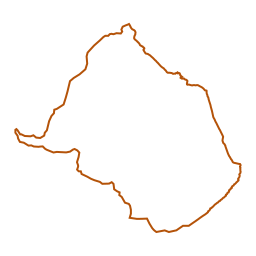 Mayo-Rey, Nord, Cameroon
{"feature_id": "32672807B45774164265008", "entity_name": "Mayo-Rey", "entity_type": "district", "adm_level": 2, "iso_a3": "CMR", "parent_name": "Cameroon", "parent_adm1": "Nord", "projection": "orthographic", "projection_center": [14.714, 8.186], "detail": "fine", "context": "isolated", "style": "outline", "palette": "amber", "viewbox_px": 256, "rotation_deg": 0, "n_neighbors": 0, "source": "geoboundaries", "source_scale": "gbopen_adm2", "svg_char_len": 4472}
<svg xmlns="http://www.w3.org/2000/svg" viewBox="0 0 256 256"><path d="M207.3,212.7L208.0,212.1L208.0,211.8L208.1,211.3L208.5,211.0L209.3,210.6L210.2,209.1L210.2,208.5L210.5,208.3L211.4,208.1L211.9,207.4L212.4,207.2L213.2,206.4L214.5,205.0L215.1,204.4L215.9,203.9L217.2,202.8L217.7,202.6L218.1,202.4L218.8,201.4L220.0,200.9L220.7,199.9L221.7,199.4L222.9,198.1L223.4,197.7L224.1,197.4L225.1,196.3L225.8,195.9L226.0,195.6L225.9,194.8L226.2,194.5L227.0,194.1L227.2,193.8L227.4,192.9L227.7,192.6L228.6,192.4L229.2,190.9L229.0,190.4L229.1,190.2L230.1,189.6L230.6,189.2L230.6,188.6L231.2,188.1L231.7,188.0L231.9,187.8L231.7,187.2L232.3,186.2L232.7,186.0L233.6,185.5L234.1,184.4L234.5,184.3L235.6,183.4L236.1,182.8L236.4,182.3L237.3,181.7L237.9,180.9L238.1,180.8L238.3,180.7L238.5,180.4L238.6,180.0L238.2,179.6L238.1,179.1L238.2,178.6L239.2,177.4L239.7,175.9L239.6,175.2L239.3,174.7L239.3,174.4L239.8,173.7L240.4,172.9L240.6,171.6L240.4,171.2L240.3,169.6L240.4,168.9L240.2,168.1L240.4,167.4L240.0,166.8L240.0,166.4L240.4,165.7L240.6,165.2L240.5,164.8L240.0,164.0L238.9,163.9L235.9,163.2L234.0,162.8L233.0,162.3L232.5,161.6L232.1,160.6L231.4,159.5L231.1,159.3L229.8,156.9L229.3,156.3L228.9,155.5L228.0,153.6L225.4,146.3L225.3,145.5L225.0,145.2L224.7,144.4L223.2,142.9L222.9,141.8L222.5,140.8L222.6,139.5L223.1,137.0L223.1,136.6L222.1,134.5L221.6,133.5L221.0,132.3L219.8,129.8L219.4,129.3L216.9,124.2L216.2,122.8L215.6,121.8L215.0,120.5L214.7,119.6L213.8,118.1L213.3,117.1L212.0,111.1L211.7,110.0L211.2,108.2L210.9,107.2L210.5,105.3L210.3,104.5L210.0,103.7L209.8,103.0L209.4,101.8L208.9,100.2L208.5,98.8L208.5,98.2L208.1,97.1L207.6,96.5L207.4,95.4L207.2,94.6L206.8,93.9L206.6,92.6L206.6,91.4L206.6,90.8L206.5,90.6L204.9,90.3L203.5,88.6L202.0,87.4L201.1,86.9L199.5,86.1L199.4,86.0L198.7,85.6L197.7,85.1L196.9,85.1L195.9,85.3L195.3,85.3L194.5,85.1L193.6,85.1L193.2,85.1L192.4,85.4L191.4,85.3L189.0,84.6L188.4,84.6L187.4,84.7L187.0,84.4L186.9,83.8L187.2,82.0L187.4,81.2L187.3,80.7L186.3,79.8L186.0,79.8L184.5,79.2L184.1,78.6L183.5,78.4L182.6,78.6L181.8,78.6L180.6,77.8L180.9,77.3L181.9,76.7L181.0,76.0L180.6,75.5L180.3,75.4L180.2,75.1L180.2,74.6L179.7,73.4L179.5,73.2L178.8,73.0L178.3,72.8L178.0,72.9L177.9,73.1L177.4,72.5L176.9,73.1L176.3,73.0L176.2,73.0L175.8,73.2L175.3,73.7L174.1,73.6L173.5,73.8L173.0,73.8L171.7,73.0L171.0,73.0L170.2,72.8L168.5,72.7L168.0,72.8L166.9,72.2L165.6,70.3L164.8,69.7L163.8,68.4L162.1,67.3L160.7,66.1L158.9,64.1L158.2,63.3L157.8,62.8L157.7,62.8L157.5,62.6L156.7,61.8L155.8,60.7L155.3,60.4L152.8,57.8L151.6,56.8L150.0,55.3L149.1,54.8L148.1,54.1L147.2,53.8L146.1,53.6L145.7,53.5L145.2,52.9L143.5,50.1L143.5,49.6L144.3,48.7L144.3,48.2L143.7,47.5L142.7,46.8L142.5,46.4L141.7,46.2L140.9,45.6L140.5,45.5L140.1,45.2L139.5,44.0L139.3,43.6L138.8,43.0L137.9,42.2L137.7,41.8L137.3,41.6L136.5,40.7L135.4,39.9L134.5,39.0L134.1,38.1L134.3,36.8L134.4,36.5L134.4,36.2L135.3,34.4L135.3,33.8L135.5,32.7L135.5,32.2L134.9,30.9L134.2,30.2L132.2,29.2L131.4,28.3L130.7,27.3L130.5,26.5L130.2,26.2L129.9,25.4L129.0,24.0L127.8,24.6L125.6,25.4L122.7,26.7L121.4,29.5L122.2,31.6L120.8,33.5L116.5,33.2L113.5,34.2L112.3,34.0L111.4,33.8L109.7,34.2L108.3,35.8L105.3,35.8L103.4,37.0L103.0,37.4L100.6,39.7L100.0,40.3L94.1,45.5L87.6,52.6L86.6,56.4L87.2,63.6L85.4,69.3L79.5,74.4L78.5,75.0L73.5,78.1L73.0,78.6L70.0,81.1L67.5,91.5L65.8,97.6L63.6,104.5L56.8,108.9L54.3,109.7L53.9,113.3L51.5,115.9L49.1,121.2L46.9,130.3L44.8,132.7L44.2,135.6L40.2,138.0L36.2,137.6L33.4,135.3L30.6,136.3L24.8,136.0L21.3,134.3L20.2,134.4L17.5,130.2L16.4,129.1L15.4,129.8L15.4,132.7L17.6,135.8L18.1,138.5L19.9,141.9L23.8,142.7L28.5,145.6L31.3,145.4L33.8,146.5L37.0,146.7L38.8,146.8L39.7,146.6L42.7,146.4L45.1,148.8L46.6,149.7L53.5,152.5L56.9,151.9L58.2,152.0L66.2,152.4L70.1,151.6L72.9,149.6L74.6,149.0L77.3,150.4L79.3,152.6L78.6,157.0L77.0,162.2L78.1,165.3L78.1,166.7L77.1,169.6L78.3,170.9L78.8,171.3L80.8,171.3L81.6,174.0L83.3,174.8L87.3,176.7L91.0,178.8L94.4,180.2L99.9,181.9L102.3,183.8L109.1,183.6L111.7,182.2L113.5,183.9L114.2,189.3L117.3,191.4L119.6,192.4L119.3,195.1L121.3,196.6L121.7,196.9L125.0,202.7L128.8,203.9L130.0,205.7L130.9,209.8L130.9,213.7L130.6,214.7L129.7,217.8L137.0,218.9L141.8,218.8L147.0,218.6L149.5,223.7L150.8,225.8L152.2,228.1L153.4,229.5L154.3,230.4L156.4,232.0L164.7,230.4L168.9,232.0L169.3,231.9L176.5,230.3L177.0,229.9L183.0,225.8L188.8,225.8L189.2,225.5L198.4,219.1L199.7,218.1L202.7,216.0L205.2,214.4L207.3,212.8L207.3,212.7Z" fill="none" stroke="#b45309" stroke-width="2"/></svg>